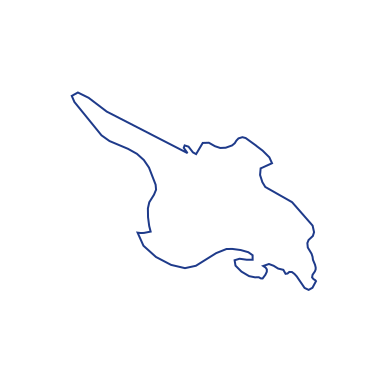 outline of Hiiu, rotated 32°
{"feature_id": "EST-1660", "entity_name": "Hiiu", "entity_type": "County", "adm_level": 1, "iso_a3": "EST", "parent_name": "Estonia", "parent_adm1": "", "projection": "equal_earth", "projection_center": [22.694, 58.888], "detail": "fine", "context": "isolated", "style": "outline", "palette": "blue", "viewbox_px": 384, "rotation_deg": 32, "n_neighbors": 0, "source": "natural_earth", "source_scale": "10m", "svg_char_len": 1454}
<svg xmlns="http://www.w3.org/2000/svg" viewBox="0 0 384 384"><g transform="rotate(32 192 192)"><path d="M114.9,189.3L95.0,192.5L85.2,191.9L44.6,178.0L39.1,174.2L42.5,168.1L54.4,166.9L77.1,169.0L167.6,161.4L161.6,158.9L161.1,156.4L165.0,155.4L171.8,157.9L175.4,157.7L175.1,144.7L180.2,141.3L187.2,141.0L192.6,139.7L197.1,136.6L201.3,131.3L202.4,128.0L202.4,124.9L203.0,121.9L205.7,118.8L208.9,117.8L222.0,118.7L222.2,118.8L230.0,119.5L239.2,121.6L244.6,125.2L237.7,135.6L240.7,141.5L246.5,146.4L251.5,148.9L282.3,147.6L312.1,156.6L316.8,161.4L317.8,165.2L316.3,170.9L316.9,174.2L319.6,177.7L326.1,181.0L328.6,183.1L330.5,185.4L334.9,188.5L337.0,190.6L337.9,192.2L338.3,194.2L338.1,198.3L339.1,200.8L341.2,201.5L343.3,201.5L344.4,201.9L344.9,209.4L342.8,213.2L338.3,213.7L325.6,208.1L322.4,207.2L319.2,206.9L316.9,208.2L316.2,210.5L314.7,211.8L310.7,209.6L305.6,211.3L300.3,211.3L295.4,212.3L291.6,217.0L294.5,217.1L296.5,218.0L297.7,220.0L298.1,223.3L297.7,227.9L296.2,228.8L293.8,228.9L290.6,231.0L285.0,233.1L276.1,233.3L267.9,231.4L264.3,227.3L267.7,223.4L274.4,220.4L279.3,217.3L276.9,213.5L271.7,213.2L264.1,215.4L256.6,218.8L251.5,222.0L244.9,231.0L234.4,252.5L226.4,260.3L212.9,264.9L195.9,266.2L179.3,263.3L167.4,255.3L170.2,254.0L172.9,252.2L177.9,247.5L173.7,243.5L168.1,236.7L163.3,229.3L161.2,223.3L161.2,214.4L160.3,209.1L157.3,205.1L142.6,194.1L134.2,190.4L125.1,188.8L114.9,189.3Z" fill="none" stroke="#1e3a8a" stroke-width="2"/></g></svg>